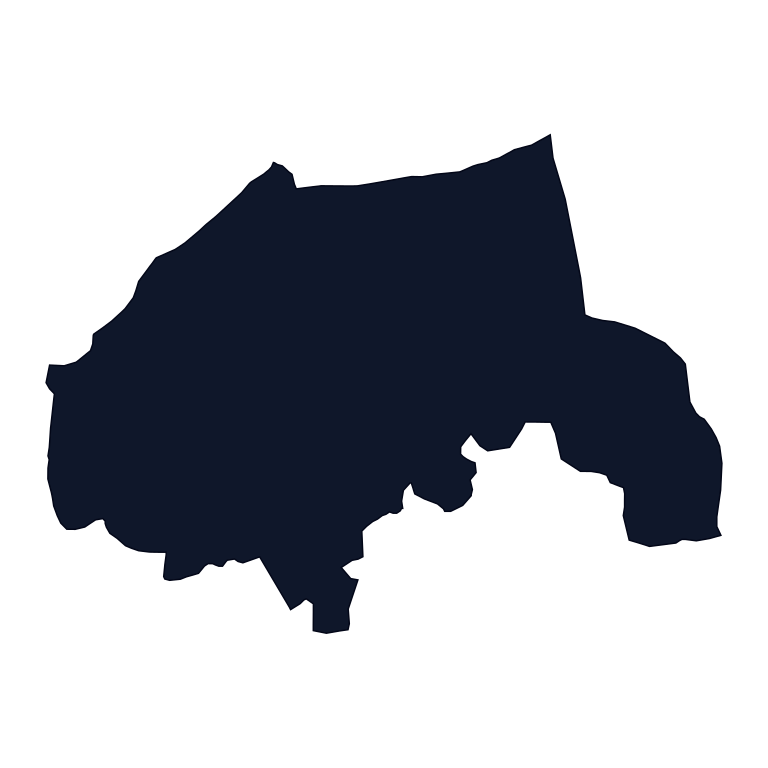 Minya Al-Nasr, Ad Daqahliyah, Egypt (Albers equal-area conic projection)
{"feature_id": "37247803B87041728070842", "entity_name": "Minya Al-Nasr", "entity_type": "district", "adm_level": 2, "iso_a3": "EGY", "parent_name": "Egypt", "parent_adm1": "Ad Daqahliyah", "projection": "albers", "projection_center": [31.703, 31.154], "detail": "fine", "context": "isolated", "style": "filled", "palette": "ink", "viewbox_px": 768, "rotation_deg": 0, "n_neighbors": 0, "source": "geoboundaries", "source_scale": "gbopen_adm2", "svg_char_len": 3457}
<svg xmlns="http://www.w3.org/2000/svg" viewBox="0 0 768 768"><path d="M720.9,535.3L716.8,526.6L716.8,516.9L718.5,504.7L720.6,490.1L721.9,463.3L719.6,446.2L716.1,437.6L711.3,429.0L704.2,419.2L702.2,418.2L699.4,416.7L695.8,413.0L689.9,402.0L685.3,364.1L680.5,358.0L673.3,351.8L665.0,343.2L647.7,334.5L635.1,328.2L614.7,321.9L602.7,320.5L591.9,318.0L584.9,314.9L580.6,277.9L578.8,268.5L570.8,227.7L565.2,199.2L553.0,158.1L550.2,134.8L545.8,137.3L540.1,140.4L531.5,145.2L527.9,146.1L514.4,149.7L509.9,152.3L507.9,153.3L499.3,158.0L496.8,158.8L491.9,160.2L487.0,162.7L477.9,164.6L473.1,166.1L469.9,167.5L463.6,170.3L459.8,171.9L446.1,173.3L436.2,174.2L422.3,176.8L411.7,176.6L408.6,177.1L402.8,178.1L401.3,178.4L379.8,182.2L369.4,184.0L357.4,185.9L353.0,186.0L350.7,186.0L346.4,186.0L330.2,185.9L328.5,185.9L321.1,185.8L319.2,186.1L313.0,186.8L304.0,187.9L296.2,188.9L295.7,187.4L294.4,184.3L292.0,174.3L289.8,172.7L288.7,171.9L284.7,168.1L282.3,165.9L277.5,164.6L276.3,163.9L274.6,162.8L273.4,162.5L271.5,167.0L268.8,170.0L266.5,171.8L263.8,174.1L257.6,178.0L251.3,181.9L249.6,183.3L248.1,185.1L241.7,192.7L233.7,200.1L216.0,216.4L206.6,224.1L204.6,225.9L199.8,230.4L198.9,231.2L184.9,243.0L175.1,249.5L170.1,251.7L161.1,255.7L156.3,257.8L155.1,259.3L152.1,263.5L149.9,266.3L147.5,269.6L138.7,281.4L135.9,290.7L133.8,296.4L133.2,297.9L125.1,308.7L121.6,312.1L118.4,315.0L111.6,321.2L104.0,326.9L102.8,327.8L97.1,331.8L93.7,334.2L93.3,335.3L93.2,336.6L92.8,343.9L90.5,350.7L87.1,353.4L81.1,358.3L76.2,362.2L64.2,365.8L49.6,365.1L46.1,382.7L49.6,388.8L54.4,393.8L53.6,400.8L50.8,426.4L50.6,427.9L49.9,438.8L49.3,447.4L48.0,455.9L49.2,459.6L48.5,464.4L48.0,468.1L47.9,479.0L51.4,492.5L52.0,495.4L52.6,498.6L53.7,505.9L57.3,515.7L60.8,523.1L66.8,529.2L75.2,529.3L84.8,527.0L88.5,524.5L95.6,519.8L102.8,518.6L105.2,521.1L105.2,523.5L106.4,527.2L109.9,533.3L117.1,538.3L125.5,545.7L131.4,548.2L138.6,550.7L149.4,552.0L154.2,552.1L161.4,552.2L166.2,552.2L166.2,554.7L164.9,564.4L163.7,576.6L164.8,579.0L169.6,580.3L180.4,579.2L186.4,576.8L192.8,575.0L198.5,573.3L204.5,566.0L208.1,563.6L212.9,563.7L215.3,564.9L218.9,566.2L222.5,566.2L226.1,561.4L227.3,560.2L234.5,559.0L238.1,561.5L242.9,562.8L258.7,557.2L259.7,556.9L289.4,607.2L290.6,609.6L300.2,603.6L303.8,600.0L306.2,598.8L313.4,603.8L313.4,607.4L313.4,612.3L313.3,625.5L313.3,630.6L326.4,633.2L337.9,631.2L339.6,630.9L348.0,629.7L349.3,623.7L348.2,609.0L357.9,579.9L350.7,578.6L341.2,567.5L352.1,560.3L358.1,559.1L362.9,556.7L361.8,531.1L366.6,526.3L372.7,521.5L377.5,519.1L381.1,516.4L382.3,515.5L385.9,514.3L389.5,511.9L393.1,513.2L396.7,513.2L400.3,510.8L401.5,508.4L402.7,508.4L401.6,501.1L403.2,491.4L403.4,490.3L410.1,482.9L411.3,482.9L413.1,488.4L413.6,490.2L414.8,493.9L424.4,498.9L437.5,503.9L443.5,508.8L444.7,511.3L447.9,511.3L450.7,511.3L462.7,505.4L471.2,495.7L471.2,494.5L472.4,489.6L470.1,479.9L476.1,472.6L475.0,462.8L471.4,461.6L466.6,459.1L463.0,456.6L460.6,454.1L460.6,452.0L460.7,446.8L464.3,442.0L465.7,440.2L471.0,433.7L479.9,445.7L487.7,450.8L509.6,447.3L521.6,429.0L525.2,421.9L528.0,422.0L535.2,422.0L547.2,422.2L550.8,422.2L551.8,424.6L555.5,433.2L561.3,458.9L580.4,471.3L591.2,471.4L599.6,472.7L606.8,475.2L610.3,482.6L619.9,486.3L623.5,487.6L624.7,493.7L624.6,499.8L624.6,507.1L623.3,515.6L629.2,540.1L637.6,542.6L645.3,545.0L649.5,546.4L675.9,543.0L679.5,540.6L681.9,539.4L685.5,539.4L696.3,540.8L709.5,538.5L720.9,535.3Z" fill="#0f172a" stroke="#020617" stroke-width="1.5"/></svg>